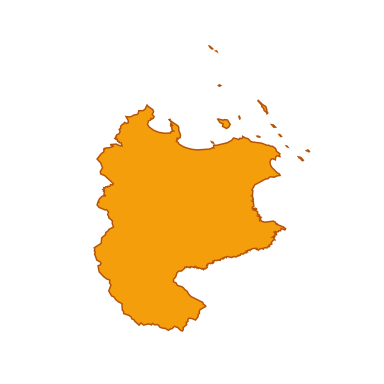 Mueang Chumphon, Chumphon, Thailand, rotated 290°
{"feature_id": "78962969B98513792826345", "entity_name": "Mueang Chumphon", "entity_type": "district", "adm_level": 2, "iso_a3": "THA", "parent_name": "Thailand", "parent_adm1": "Chumphon", "projection": "equal_earth", "projection_center": [99.148, 10.452], "detail": "fine", "context": "isolated", "style": "filled", "palette": "amber", "viewbox_px": 384, "rotation_deg": 290, "n_neighbors": 0, "source": "geoboundaries", "source_scale": "gbopen_adm2", "svg_char_len": 6102}
<svg xmlns="http://www.w3.org/2000/svg" viewBox="0 0 384 384"><g transform="rotate(290 192 192)"><path d="M77.0,240.4L78.6,239.7L80.6,240.5L82.0,239.7L84.1,239.8L89.2,244.0L89.7,243.7L90.5,240.9L91.9,240.0L93.4,226.9L95.0,223.6L97.0,221.4L97.9,218.4L99.0,216.8L99.5,214.9L99.3,210.1L101.1,208.2L101.3,205.3L103.9,204.5L106.4,205.7L110.9,205.5L113.1,206.6L114.2,209.2L117.6,211.1L118.8,211.0L119.2,212.5L119.9,212.5L120.1,215.9L120.5,216.4L121.0,215.9L121.7,217.1L121.8,220.2L123.1,220.3L122.5,221.0L122.9,222.0L122.1,222.8L123.0,223.1L122.5,224.3L123.2,224.6L123.0,227.7L123.4,227.6L123.8,228.9L123.3,229.4L124.2,229.5L124.2,230.6L126.3,232.1L127.8,230.9L128.6,231.0L128.5,231.8L130.2,231.6L131.0,232.7L131.0,234.0L132.2,235.0L131.9,235.9L132.6,236.2L133.9,235.4L134.1,236.3L134.5,235.8L135.6,236.7L135.8,238.4L136.8,239.5L137.5,241.8L138.1,241.5L139.2,242.5L140.1,244.6L140.6,244.7L140.6,243.8L141.7,244.8L142.4,246.1L142.1,246.8L143.4,247.0L144.0,251.7L145.8,253.5L146.0,255.7L147.9,256.9L147.9,257.8L148.7,257.9L149.1,259.0L150.8,259.2L151.1,261.2L153.4,262.9L153.7,264.7L154.0,263.5L154.7,264.5L155.2,263.4L156.9,265.4L156.9,266.2L157.4,265.8L158.3,267.5L159.2,267.7L160.7,270.7L160.2,272.2L161.0,272.2L160.0,274.3L162.1,275.6L163.0,277.4L162.6,278.5L164.4,279.0L165.1,281.6L166.0,281.7L167.6,284.0L167.4,282.7L168.2,282.5L170.5,284.8L171.3,283.8L173.5,284.4L175.2,285.3L175.4,286.2L176.6,284.5L177.8,285.0L177.2,283.1L179.1,284.6L180.8,284.6L180.4,285.7L181.0,286.0L182.5,284.6L182.0,283.2L182.4,282.8L183.4,284.0L183.4,285.5L184.4,286.8L185.3,286.7L185.9,288.5L188.3,288.3L188.1,292.0L188.5,292.5L189.7,292.4L189.7,291.4L190.4,290.2L190.6,283.1L191.1,283.1L191.3,282.3L190.8,282.0L192.1,280.6L192.5,278.5L188.6,270.9L188.3,267.5L189.5,265.8L188.3,265.4L189.6,264.6L191.3,265.7L191.8,262.7L192.2,263.8L192.4,262.8L193.3,263.3L193.8,261.8L193.5,261.2L195.9,260.4L196.4,258.3L196.1,255.5L197.4,254.1L198.4,253.9L199.8,255.0L203.8,252.9L204.0,251.9L204.4,252.7L205.9,251.4L206.2,252.0L208.4,250.5L208.7,249.3L209.3,250.0L214.1,248.7L214.3,247.6L220.3,248.6L229.0,256.3L230.6,258.9L232.9,260.0L234.1,264.4L236.0,266.1L237.7,269.1L238.8,268.0L239.3,265.2L242.3,258.8L244.2,256.5L246.6,255.1L248.8,254.9L250.4,255.7L250.9,256.7L250.7,259.3L253.7,258.7L255.1,259.5L255.6,260.5L255.1,261.9L255.4,262.5L256.1,261.6L258.0,261.5L259.1,257.6L261.5,255.6L262.5,252.1L261.9,250.5L262.2,247.9L261.5,246.6L261.7,240.8L259.4,230.4L261.3,226.3L261.0,223.8L261.6,220.6L260.0,221.1L259.0,219.9L259.0,218.7L257.4,218.1L257.0,212.6L254.1,211.6L250.3,208.3L244.2,199.0L243.4,196.3L240.9,197.4L241.1,196.7L238.4,194.0L233.2,182.2L232.0,176.8L231.5,171.1L231.8,167.0L232.8,163.0L233.9,162.0L234.1,160.1L235.3,160.4L236.1,159.7L236.8,160.5L237.5,159.9L237.7,161.6L237.7,160.9L238.7,162.1L239.5,162.2L241.8,161.6L245.4,158.5L248.2,157.4L249.4,155.9L251.4,147.8L252.8,146.5L252.2,145.7L250.7,148.3L249.8,149.0L248.9,148.7L248.1,150.9L247.6,150.6L248.0,149.0L247.1,149.1L246.0,150.7L243.4,152.1L243.0,153.8L241.4,151.6L240.1,151.6L237.9,146.4L236.7,140.5L236.9,134.8L238.4,129.6L240.2,127.1L243.9,126.8L245.4,128.4L247.0,128.3L246.6,129.0L247.8,130.3L249.8,130.7L251.2,128.1L254.3,128.5L256.0,127.0L257.4,121.6L258.3,120.0L253.9,119.6L251.7,118.2L250.2,114.2L247.2,114.6L245.8,113.5L244.2,110.7L243.0,110.1L241.3,108.1L240.3,104.2L237.5,107.5L235.5,108.5L234.1,107.3L234.3,104.7L232.6,104.5L231.7,103.4L229.4,102.5L227.2,103.2L226.0,102.1L224.3,103.8L221.5,103.4L220.2,101.8L218.6,101.6L218.7,100.9L218.0,102.1L215.9,101.1L215.6,102.4L216.1,103.8L215.3,103.8L214.2,104.8L214.4,106.4L213.5,106.7L213.9,108.7L211.3,110.5L210.8,107.7L211.1,104.4L208.8,99.4L208.3,99.8L208.3,102.0L207.9,102.3L205.4,99.3L204.1,96.4L203.1,95.0L202.4,95.3L202.3,94.5L199.6,95.4L197.1,93.7L190.5,91.5L188.2,96.1L184.1,99.7L179.9,98.8L177.7,100.1L177.6,104.3L172.9,115.3L171.5,114.9L171.2,112.9L169.1,112.8L168.5,110.9L167.9,111.0L167.4,109.1L166.0,108.8L165.9,107.7L164.7,108.3L163.9,107.5L163.5,109.1L162.5,108.6L162.2,109.6L159.8,110.0L159.0,111.7L158.4,111.5L158.2,110.1L156.9,108.8L153.9,107.4L151.9,107.1L150.5,107.9L150.2,107.0L147.3,107.3L145.7,110.0L145.4,116.4L146.2,117.7L144.6,120.4L141.8,120.5L140.4,122.3L139.3,122.6L137.8,126.9L135.0,127.9L132.2,130.2L128.5,126.7L127.0,126.5L124.3,124.8L122.4,125.3L118.0,122.8L112.7,124.2L106.1,119.2L104.9,120.3L103.2,120.4L102.4,121.8L100.6,121.6L95.4,125.9L95.1,129.2L93.9,130.9L92.1,130.8L90.6,128.9L85.3,132.0L82.2,138.0L81.1,141.7L81.1,144.9L78.3,145.6L76.8,147.7L70.5,147.6L66.8,152.0L66.8,154.4L64.8,157.1L63.6,160.5L63.2,164.3L57.4,166.8L56.2,168.6L54.4,169.4L54.5,175.2L53.7,177.5L52.2,179.0L52.2,181.0L51.1,182.3L48.8,187.8L51.5,188.9L50.4,192.1L53.2,196.3L53.3,199.4L55.0,199.8L54.4,202.4L55.3,204.0L55.4,206.0L53.9,208.2L54.1,211.8L54.7,213.1L54.0,217.2L55.9,218.5L56.7,220.0L59.8,221.4L59.7,225.2L58.1,228.7L58.1,230.5L59.3,230.9L61.6,230.1L65.6,232.4L67.4,231.1L69.0,232.5L70.5,231.7L72.4,232.3L73.1,235.5L72.9,239.1L77.0,240.4ZM271.2,198.0L270.1,196.4L269.6,191.6L269.2,191.2L266.8,194.6L266.7,197.9L264.1,198.3L263.5,202.8L265.6,204.3L268.6,204.8L271.8,200.7L271.2,198.0ZM298.2,228.7L301.0,222.3L299.8,223.4L297.6,227.8L296.3,228.2L294.9,230.8L293.2,232.0L292.2,235.0L291.2,235.7L292.2,236.2L293.4,234.7L295.1,234.1L297.6,232.0L298.2,228.7ZM259.9,285.8L261.7,282.4L261.4,280.0L260.7,280.9L260.7,282.3L259.3,284.4L259.3,285.5L259.9,285.8ZM282.5,243.8L280.8,246.8L281.6,248.3L282.8,245.4L282.5,243.8ZM333.6,162.5L335.2,158.7L335.1,158.3L333.9,159.8L333.2,162.0L333.6,162.5ZM301.9,182.6L302.1,181.0L301.0,180.4L300.8,181.8L301.9,182.6ZM198.1,258.6L198.5,257.3L197.8,255.9L197.2,258.1L198.1,258.6ZM274.9,257.0L276.1,254.7L275.8,254.1L274.4,256.4L274.9,257.0ZM271.2,286.5L270.0,285.4L269.8,288.3L270.3,288.5L271.2,286.5ZM266.9,237.7L267.2,234.9L266.7,234.0L266.3,234.7L266.9,237.7ZM277.4,212.1L279.4,210.7L279.5,210.4L278.7,210.3L277.0,211.9L277.4,212.1ZM245.3,195.4L245.8,194.9L245.9,193.2L245.3,193.8L245.3,195.4ZM267.0,266.5L267.7,265.4L267.6,264.9L267.0,265.7L267.0,266.5ZM332.5,167.4L333.0,166.9L332.7,166.3L332.5,167.4Z" fill="#f59e0b" stroke="#b45309" stroke-width="1.5"/></g></svg>